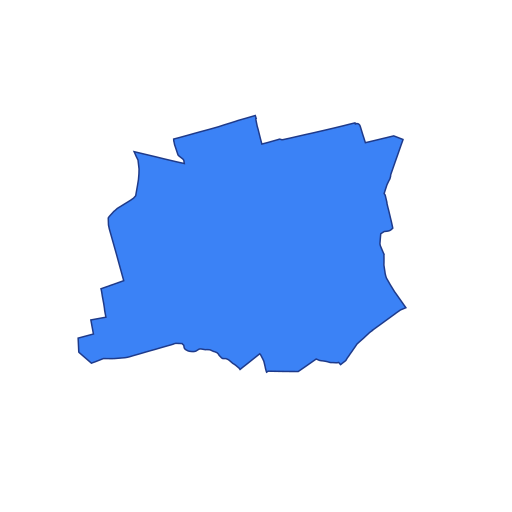 outline of Botiz, Satu Mare, Romania, rotated 208°
{"feature_id": "2599482B62414452256024", "entity_name": "Botiz", "entity_type": "district", "adm_level": 2, "iso_a3": "ROU", "parent_name": "Romania", "parent_adm1": "Satu Mare", "projection": "orthographic", "projection_center": [22.945, 47.838], "detail": "fine", "context": "isolated", "style": "filled", "palette": "blue", "viewbox_px": 512, "rotation_deg": 208, "n_neighbors": 0, "source": "geoboundaries", "source_scale": "gbopen_adm2", "svg_char_len": 4143}
<svg xmlns="http://www.w3.org/2000/svg" viewBox="0 0 512 512"><g transform="rotate(208 256 256)"><path d="M351.0,84.1L349.7,85.6L348.4,87.0L344.8,91.2L342.6,93.8L337.2,96.6L334.2,98.2L332.8,99.0L326.6,103.0L323.8,104.8L322.1,106.1L320.3,107.7L317.7,110.3L313.0,114.8L308.2,119.5L305.0,122.6L301.3,126.1L296.5,130.8L291.5,135.6L289.7,137.3L287.9,139.1L287.6,139.4L287.5,139.7L285.9,141.2L283.0,142.6L280.1,144.0L279.9,143.8L277.9,143.3L276.3,141.2L276.0,141.0L274.8,140.4L273.8,140.3L272.2,140.3L271.4,140.3L269.8,140.7L268.8,141.1L267.8,141.5L265.9,142.5L264.5,143.7L263.0,146.3L262.4,147.2L261.4,147.9L260.1,148.4L257.9,149.1L256.5,149.6L255.8,150.1L254.4,150.8L252.5,151.6L250.5,151.7L248.7,151.8L247.9,152.0L247.6,152.1L246.6,152.2L244.9,152.3L243.9,152.0L242.8,151.6L242.0,151.0L240.4,150.5L238.6,149.9L237.6,149.8L237.1,149.9L234.9,151.0L234.4,151.3L233.3,151.4L231.8,151.5L230.5,151.3L227.9,150.7L226.2,150.3L224.4,150.2L222.7,150.0L220.4,149.5L218.1,149.0L216.8,148.3L215.6,151.2L212.9,157.3L210.1,163.8L207.7,169.3L206.8,171.4L205.6,171.0L203.3,169.4L201.7,168.3L199.7,166.8L198.9,165.9L196.0,162.6L194.7,161.0L192.7,158.9L192.1,158.4L191.2,160.0L176.7,167.4L164.5,173.8L160.4,181.7L154.5,193.3L152.4,193.5L151.0,193.6L149.4,194.1L148.0,194.7L146.0,195.4L144.4,195.9L142.8,196.3L140.4,196.8L140.2,196.9L139.9,197.0L138.8,197.6L138.2,197.9L137.6,198.2L136.5,198.7L135.4,199.2L134.1,199.9L133.8,200.2L133.4,200.7L133.0,200.8L130.6,199.9L130.3,199.8L129.6,201.5L128.6,203.7L128.2,204.6L127.8,205.5L127.6,206.3L127.6,207.3L127.5,209.0L127.2,210.9L126.9,213.9L126.5,216.8L126.2,219.7L125.9,221.9L125.7,223.9L125.5,225.7L125.0,227.1L124.5,228.5L123.5,231.2L122.5,233.8L121.6,236.5L120.3,240.2L119.8,241.7L119.2,243.0L118.2,245.0L118.4,245.2L118.2,245.5L118.0,245.8L115.7,250.5L114.7,252.5L111.4,259.3L109.3,263.6L105.2,272.1L103.1,276.2L99.4,280.7L107.1,284.6L114.6,288.4L116.7,289.4L124.2,293.8L127.2,295.7L130.4,297.7L131.8,299.0L133.7,301.1L135.0,302.9L138.8,308.0L140.1,310.6L142.0,314.2L143.5,316.9L143.7,317.6L144.7,318.3L145.7,319.1L151.0,323.4L152.3,324.9L154.3,329.5L156.3,334.2L154.3,337.8L152.2,339.2L150.9,340.2L149.9,341.2L149.2,342.3L148.4,344.4L148.3,344.8L152.7,350.0L154.5,352.0L159.6,357.8L162.6,361.1L165.5,364.4L165.5,364.7L170.5,370.4L172.2,371.3L173.8,380.3L174.0,384.2L174.0,385.6L174.0,387.0L174.3,388.3L174.6,389.6L174.9,390.2L175.2,391.0L175.4,392.1L175.7,394.1L177.3,404.4L178.2,410.5L179.1,416.3L180.0,422.1L180.4,424.9L180.8,427.7L180.9,427.9L188.5,427.0L190.8,426.7L195.1,422.9L196.3,421.8L198.6,419.8L203.2,415.7L212.6,407.4L214.4,409.1L216.0,410.7L218.6,413.2L224.6,419.2L225.4,419.9L226.2,420.4L227.0,420.6L227.8,420.7L228.6,420.5L229.3,420.2L229.8,419.6L230.2,419.3L230.3,419.2L230.5,419.3L230.7,419.5L230.8,419.6L230.9,419.8L231.1,420.0L235.5,416.1L239.9,412.1L247.1,405.7L254.4,399.3L258.9,395.4L263.5,391.4L269.5,386.3L275.5,381.1L278.6,378.4L281.6,375.8L284.2,373.6L286.8,371.4L287.7,370.8L289.2,370.5L290.2,370.2L291.0,369.3L293.6,366.8L296.1,364.4L298.8,361.8L302.5,358.4L303.4,357.6L307.3,361.8L313.5,368.7L316.0,371.3L320.1,376.3L320.7,377.2L320.8,377.6L320.6,377.7L322.6,379.7L330.0,372.5L335.0,367.7L336.3,366.4L336.5,366.1L341.1,361.4L345.8,356.7L349.8,352.5L356.6,346.0L364.2,338.9L368.1,335.2L372.7,330.8L379.9,324.0L383.6,320.6L382.5,318.8L382.1,318.5L381.8,318.1L381.0,317.1L380.1,316.0L378.7,314.7L374.6,310.8L372.5,308.8L372.1,308.5L371.2,308.2L366.2,307.3L365.4,307.0L364.6,306.5L363.9,305.6L363.0,304.4L362.7,304.0L369.9,302.0L382.4,298.7L390.4,296.7L398.4,294.6L412.6,290.9L410.9,289.6L408.8,287.9L405.2,285.3L403.9,283.4L401.4,279.8L400.1,277.9L397.9,273.5L395.6,268.1L393.7,262.5L391.4,255.4L390.9,253.9L390.7,253.3L390.5,252.7L390.7,251.9L391.1,250.3L391.3,249.5L392.1,248.0L392.9,246.4L394.7,243.3L396.7,239.9L400.8,232.9L401.9,229.8L402.4,228.8L403.9,222.9L404.2,221.5L404.3,220.2L404.2,220.0L400.8,214.1L398.2,211.0L379.8,191.8L371.7,183.2L361.2,172.1L377.5,154.3L376.6,153.3L375.3,151.7L372.6,148.1L367.9,142.2L365.3,138.7L364.1,136.9L359.8,131.5L371.8,122.0L362.9,110.8L374.5,100.0L367.7,88.5L367.1,87.8L351.0,84.1Z" fill="#3b82f6" stroke="#1e3a8a" stroke-width="1.5"/></g></svg>